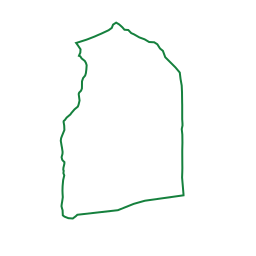 outline of Ar Rusayris, Blue Nile, Sudan, rotated 12°
{"feature_id": "16777658B20285079264513", "entity_name": "Ar Rusayris", "entity_type": "district", "adm_level": 2, "iso_a3": "SDN", "parent_name": "Sudan", "parent_adm1": "Blue Nile", "projection": "natural_earth1", "projection_center": [34.492, 12.166], "detail": "fine", "context": "isolated", "style": "outline", "palette": "green", "viewbox_px": 256, "rotation_deg": 12, "n_neighbors": 0, "source": "geoboundaries", "source_scale": "gbopen_adm2", "svg_char_len": 1513}
<svg xmlns="http://www.w3.org/2000/svg" viewBox="0 0 256 256"><g transform="rotate(12 128 128)"><path d="M94.5,27.4L92.5,29.4L91.9,30.0L91.3,33.5L88.7,36.4L82.2,41.3L79.2,43.4L76.3,45.5L69.9,49.7L68.6,50.5L59.8,55.5L59.6,55.6L61.7,57.5L65.2,60.9L65.7,64.3L65.5,65.0L65.0,67.6L66.4,67.8L67.5,68.9L68.2,69.6L71.8,71.4L73.3,73.1L74.5,75.2L75.1,79.4L75.4,83.1L75.2,85.6L73.7,88.5L73.3,91.9L74.4,97.3L74.7,99.0L74.3,101.3L72.9,103.5L72.7,105.0L74.9,111.2L74.8,115.4L74.5,117.5L71.8,120.9L69.3,125.5L68.9,126.6L65.8,130.6L64.6,133.3L63.7,134.5L63.7,135.4L65.1,138.9L66.2,143.2L65.1,149.3L64.7,151.9L64.9,154.5L67.0,159.8L67.4,160.7L69.0,165.0L69.3,167.0L69.1,170.3L70.0,172.3L70.7,173.2L72.9,174.6L73.2,176.3L73.1,180.4L73.4,182.4L74.0,183.2L74.2,185.6L75.5,187.6L75.4,192.4L76.1,198.3L76.9,202.8L77.7,206.0L78.6,209.2L78.9,213.6L79.0,216.0L79.2,218.3L80.2,220.4L81.1,222.0L82.4,227.0L84.3,227.9L88.4,228.6L92.8,228.0L95.3,225.1L96.5,223.4L135.2,210.5L149.4,201.0L157.0,197.0L159.7,195.6L196.3,182.3L196.1,181.4L191.2,165.2L190.3,160.1L189.5,155.9L187.9,148.7L185.8,139.0L185.6,138.0L184.3,131.1L183.4,127.1L182.5,123.1L180.8,117.9L180.8,114.3L180.3,112.1L179.2,108.2L176.2,94.1L175.7,92.0L173.4,81.8L171.7,75.3L169.2,69.1L167.1,63.0L161.7,58.8L149.7,51.0L146.1,45.3L142.8,43.6L139.3,40.0L135.8,38.7L133.4,39.1L130.8,39.5L125.8,37.8L120.2,37.0L114.3,35.1L111.4,34.5L111.3,34.4L107.9,32.1L104.1,32.6L101.6,30.7L99.4,29.4L98.1,28.7L97.8,28.5L94.5,27.4L94.5,27.4Z" fill="none" stroke="#15803d" stroke-width="2"/></g></svg>